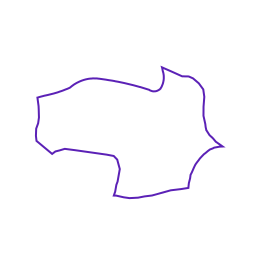 Dumyat 1, Dumyat, Egypt (Robinson projection), rotated 19°
{"feature_id": "37247803B95914699067070", "entity_name": "Dumyat 1", "entity_type": "district", "adm_level": 2, "iso_a3": "EGY", "parent_name": "Egypt", "parent_adm1": "Dumyat", "projection": "robinson", "projection_center": [31.808, 31.407], "detail": "fine", "context": "isolated", "style": "outline", "palette": "violet", "viewbox_px": 256, "rotation_deg": 19, "n_neighbors": 0, "source": "geoboundaries", "source_scale": "gbopen_adm2", "svg_char_len": 2467}
<svg xmlns="http://www.w3.org/2000/svg" viewBox="0 0 256 256"><g transform="rotate(19 128 128)"><path d="M223.5,114.7L215.5,112.4L211.7,110.1L207.4,108.2L205.5,106.7L202.6,104.4L202.4,103.9L201.2,102.0L200.9,101.4L199.8,99.1L195.4,91.9L192.5,83.3L190.0,73.7L186.6,67.0L180.4,62.7L173.3,59.9L168.6,59.5L162.4,61.5L150.4,60.4L140.4,59.6L140.6,59.9L140.9,60.3L141.7,61.7L142.3,62.8L142.5,63.0L143.0,63.7L143.2,64.1L143.5,64.4L143.9,65.2L144.1,65.6L144.3,65.9L144.7,66.7L144.8,67.1L145.0,67.5L145.3,68.3L145.4,68.7L145.6,69.1L145.8,69.9L145.9,70.3L146.0,70.7L146.2,71.6L146.2,72.0L146.3,72.4L146.4,73.2L146.4,73.7L146.5,74.1L146.5,74.9L146.5,75.4L146.5,75.8L146.4,76.6L146.4,77.0L146.4,77.4L146.4,77.5L146.3,78.3L146.2,78.7L146.1,79.2L145.9,80.0L145.9,80.3L145.6,80.7L145.4,81.2L145.0,81.6L144.7,82.1L144.3,82.5L143.9,82.9L143.5,83.3L143.3,83.5L143.1,83.6L142.6,84.0L142.4,84.1L142.2,84.2L141.7,84.5L141.1,84.7L140.6,84.9L140.1,85.1L139.5,85.2L139.0,85.3L138.4,85.3L137.9,85.3L137.6,85.3L137.3,85.3L136.8,85.3L136.2,85.2L135.7,85.0L126.1,85.3L125.8,85.4L125.4,85.4L122.3,85.6L119.2,85.8L116.1,86.1L113.0,86.4L109.9,86.7L106.7,87.1L103.6,87.5L100.5,88.0L100.3,88.0L100.0,88.0L97.5,88.4L94.4,89.0L91.3,89.5L88.2,90.1L85.1,90.7L84.2,90.9L83.9,91.0L82.8,91.2L81.7,91.5L80.7,91.9L79.6,92.2L78.5,92.6L77.5,93.1L76.4,93.5L75.4,94.0L74.4,94.5L73.4,95.1L72.4,95.7L71.5,96.3L70.5,97.0L69.6,97.7L68.7,98.4L67.9,99.1L67.0,99.9L66.6,100.3L66.2,100.7L65.4,101.5L65.0,101.9L64.6,102.3L63.9,103.2L63.5,103.6L63.1,104.1L62.4,105.0L62.1,105.5L61.8,105.9L61.1,106.9L60.8,107.4L60.5,107.9L60.0,108.7L59.7,109.0L59.4,109.3L57.9,110.7L56.3,112.0L54.7,113.4L53.1,114.7L51.5,115.9L49.9,117.2L48.2,118.4L46.5,119.6L44.8,120.7L43.1,121.8L41.4,122.9L39.6,124.0L38.4,124.7L37.1,125.6L35.1,126.9L33.1,128.3L32.7,128.7L32.5,128.8L36.3,136.4L37.5,139.4L40.4,147.1L41.5,152.8L41.4,158.5L43.5,165.4L45.7,170.0L64.7,177.2L67.0,173.8L70.4,171.6L75.0,168.3L85.2,166.2L116.7,160.1L116.8,160.1L123.6,159.1L128.1,161.4L133.6,169.5L135.6,182.1L135.5,185.5L136.6,192.4L136.6,196.5L138.7,195.8L146.6,194.9L152.3,193.8L160.2,190.6L165.9,187.3L172.7,184.0L188.7,173.0L197.8,168.6L204.6,165.0L204.2,163.4L203.5,160.3L203.1,155.3L202.4,151.9L202.8,149.2L203.2,144.2L203.5,141.6L203.6,141.1L203.6,140.7L204.4,138.0L205.2,135.7L205.9,133.4L207.1,130.7L208.3,128.1L209.4,126.5L211.0,123.8L212.5,121.6L214.8,119.7L215.9,118.5L218.6,117.0L220.5,115.9L223.5,114.7Z" fill="none" stroke="#5b21b6" stroke-width="2"/></g></svg>